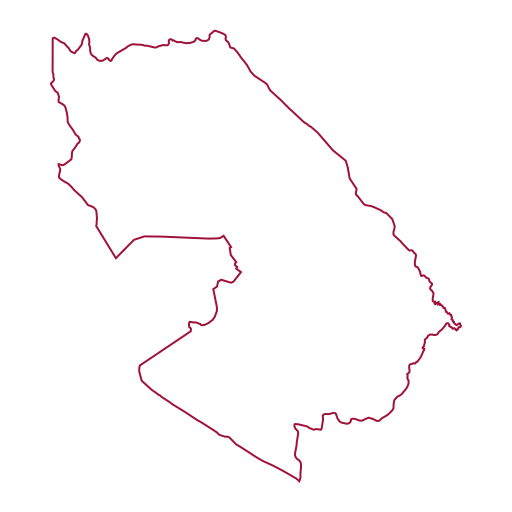 Kerinci, Jambi, Indonesia (orthographic projection)
{"feature_id": "22746128B64633952285861", "entity_name": "Kerinci", "entity_type": "district", "adm_level": 2, "iso_a3": "IDN", "parent_name": "Indonesia", "parent_adm1": "Jambi", "projection": "orthographic", "projection_center": [101.649, -2.061], "detail": "fine", "context": "isolated", "style": "outline", "palette": "rose", "viewbox_px": 512, "rotation_deg": 0, "n_neighbors": 0, "source": "geoboundaries", "source_scale": "gbopen_adm2", "svg_char_len": 5911}
<svg xmlns="http://www.w3.org/2000/svg" viewBox="0 0 512 512"><path d="M229.1,43.9L228.2,42.3L227.5,41.5L226.1,40.5L225.7,39.6L225.5,38.8L225.9,37.4L225.8,36.2L225.3,35.1L223.4,33.8L220.0,32.4L216.4,31.1L214.5,30.7L209.9,34.5L209.5,35.3L209.7,36.6L209.0,39.2L207.3,40.5L206.4,40.9L202.4,40.9L200.1,39.9L197.6,38.1L196.9,38.0L195.9,38.7L195.2,40.5L193.9,41.7L190.6,42.8L186.5,43.2L182.9,42.6L181.0,42.0L177.2,42.2L173.0,40.2L172.5,40.5L171.8,39.5L170.7,39.2L170.0,39.3L169.1,40.0L168.8,40.8L168.9,43.3L168.4,44.5L167.5,45.2L166.1,45.3L163.2,45.0L158.2,46.4L156.6,47.3L155.2,47.6L146.9,45.7L144.5,45.7L143.1,45.1L140.9,44.7L136.9,44.6L133.6,44.2L131.2,44.6L127.7,46.4L126.3,47.7L117.1,53.1L115.1,54.8L113.1,57.5L111.1,60.8L110.5,60.9L109.0,59.9L108.5,58.8L106.9,57.9L102.9,60.6L101.0,60.9L99.2,60.7L97.4,59.8L95.5,57.5L93.5,56.3L91.8,55.0L90.6,53.0L90.1,50.4L90.2,48.1L89.0,44.3L89.4,42.2L89.1,39.0L87.9,35.6L86.7,34.0L86.0,33.7L85.4,34.0L82.5,40.5L81.7,44.6L77.8,49.8L76.3,50.7L75.2,52.8L74.2,53.1L71.0,51.5L69.9,50.2L68.5,47.8L66.5,46.0L64.4,43.4L60.7,41.8L57.2,39.2L54.3,37.6L52.7,38.3L52.6,72.3L53.4,74.1L53.4,77.0L54.0,79.0L53.9,79.8L53.4,81.0L52.2,82.3L51.1,83.2L51.0,83.9L51.6,85.4L55.3,91.0L57.8,92.9L59.0,96.9L58.5,100.7L58.7,102.0L62.6,104.2L64.4,105.6L65.3,107.0L66.8,112.6L67.5,116.8L67.7,121.8L68.4,123.4L70.4,126.5L72.6,129.4L75.8,134.7L78.4,136.7L79.0,138.3L79.8,139.5L79.9,140.2L79.7,141.3L78.9,142.7L77.5,143.7L75.8,146.5L72.6,150.8L72.1,152.0L71.6,158.4L71.2,159.4L64.5,164.5L62.9,165.1L61.6,165.1L59.3,164.2L58.6,164.1L58.6,165.5L60.0,168.4L60.2,169.3L60.0,171.3L59.4,173.4L58.9,176.7L59.2,177.7L60.7,179.2L64.4,181.6L68.2,183.7L71.3,186.7L74.3,190.2L82.2,197.4L88.0,205.1L91.9,206.5L93.9,207.5L95.8,209.7L96.4,211.4L97.0,218.7L96.7,221.1L96.6,224.4L96.2,226.0L115.9,258.2L134.0,239.8L144.3,236.4L161.9,236.6L208.6,238.6L217.0,238.4L220.1,238.0L223.6,235.8L231.1,247.1L229.7,247.9L230.8,255.0L236.2,262.1L234.9,263.7L235.0,265.0L237.2,267.0L236.2,268.6L241.0,272.1L233.5,281.6L231.4,282.6L230.6,282.6L221.1,279.7L219.2,281.1L218.2,281.3L217.0,286.6L213.3,289.1L216.9,307.1L216.9,311.1L214.7,316.9L212.7,319.8L208.4,323.1L204.3,325.0L201.4,325.2L200.2,324.0L195.8,322.4L192.7,322.4L191.6,322.0L189.6,321.9L189.1,323.0L189.0,325.5L189.3,327.2L190.4,327.9L191.0,328.9L190.7,331.3L139.8,365.5L139.3,368.0L139.2,371.3L141.7,380.8L152.0,390.1L156.1,392.8L158.3,394.7L160.3,395.6L161.5,396.9L169.9,402.3L172.5,404.3L186.3,412.8L196.9,419.9L202.0,422.8L213.9,430.4L216.9,432.4L219.1,434.7L225.0,436.7L227.4,436.7L229.2,437.3L236.2,444.4L239.6,446.4L257.3,457.8L262.7,460.9L273.0,465.6L282.9,470.8L296.2,478.5L298.1,480.1L299.2,481.3L299.9,479.8L300.5,477.1L300.4,473.6L301.0,467.5L301.0,465.0L300.9,463.6L300.3,461.8L298.9,460.1L296.9,458.8L295.7,457.2L295.0,455.5L295.2,452.4L296.5,445.9L296.8,441.9L298.2,433.6L297.8,431.2L295.2,428.3L294.4,426.1L294.4,424.9L294.8,424.2L295.2,424.0L298.3,424.3L306.7,426.3L308.0,427.0L309.2,427.9L313.6,429.7L316.2,429.1L317.8,429.2L320.8,429.8L321.7,428.3L322.9,420.6L323.1,418.2L322.7,416.3L322.8,415.5L323.6,414.6L325.1,414.0L329.0,414.1L333.6,412.8L335.1,413.1L335.8,413.6L337.6,418.6L339.4,421.3L340.3,422.0L342.2,422.8L346.6,423.7L347.9,423.6L349.4,423.0L350.4,421.9L350.8,421.0L351.0,419.5L351.9,418.9L353.4,418.7L355.1,418.9L359.4,420.5L361.9,420.7L367.2,418.2L368.8,417.7L373.2,419.1L376.5,420.8L378.4,421.0L379.4,420.7L381.7,418.4L387.4,415.0L389.5,413.2L392.4,410.2L393.5,408.2L393.6,404.7L394.1,400.9L394.4,400.1L397.1,396.9L400.1,395.3L401.8,394.0L406.3,388.6L407.9,385.5L408.5,383.7L408.6,380.8L407.4,378.3L407.4,376.9L407.7,376.0L407.2,374.0L408.0,373.6L409.2,372.4L409.5,371.6L409.6,370.0L409.3,369.1L409.1,366.6L409.4,365.2L410.2,364.3L411.8,364.0L412.9,363.4L413.7,363.2L414.9,363.6L415.3,363.4L416.3,362.0L417.4,361.6L420.0,358.2L421.7,355.1L423.3,351.2L424.4,349.5L424.2,348.7L422.9,348.5L422.6,347.9L422.9,347.2L424.0,346.0L424.3,344.4L424.9,342.7L424.8,340.0L425.2,339.2L426.7,338.2L428.2,335.7L429.8,334.7L431.8,334.5L434.0,335.0L435.0,335.0L436.5,334.7L437.6,334.0L438.7,332.1L442.1,329.3L444.9,325.9L446.4,323.4L447.6,323.2L448.3,323.4L449.4,324.8L449.4,325.4L449.1,325.8L449.3,326.1L449.9,326.4L450.5,326.9L451.6,327.2L452.3,328.4L452.8,328.7L453.3,328.6L453.5,328.3L454.3,328.2L455.1,329.0L456.2,329.4L456.2,330.2L456.5,330.4L458.0,329.1L458.5,327.3L460.3,327.1L460.7,326.0L461.0,325.8L460.0,324.3L460.0,323.4L459.8,323.3L458.6,323.7L456.6,325.1L455.6,324.6L455.0,323.7L454.2,323.3L453.9,321.9L452.9,321.6L452.8,320.1L451.5,319.4L452.0,317.4L451.3,316.4L451.3,315.2L451.1,314.7L450.0,314.5L449.5,313.3L448.0,313.7L447.1,312.2L445.9,311.7L445.6,310.1L444.7,307.8L443.5,307.9L443.2,307.1L441.7,305.2L439.8,305.0L439.7,304.8L440.1,304.3L440.1,303.9L439.2,303.5L438.3,304.1L438.5,302.2L436.6,302.8L436.3,303.7L435.2,304.2L434.6,303.6L435.2,302.5L435.0,301.6L433.6,301.7L432.9,301.3L432.7,300.8L432.7,298.8L433.5,293.9L433.4,293.0L432.2,291.0L430.6,289.6L430.1,288.4L430.4,287.0L432.1,284.6L432.0,283.7L429.5,281.5L429.1,279.5L428.5,278.6L426.1,277.6L424.7,275.9L423.7,275.4L423.1,275.4L421.7,276.0L421.3,276.0L420.5,274.4L420.2,272.1L418.1,267.8L417.2,267.1L415.9,266.6L415.3,266.1L414.9,264.3L414.8,262.8L415.3,259.2L416.0,256.0L415.9,254.7L415.3,253.7L414.0,252.8L412.8,251.0L412.2,250.5L411.3,250.3L409.5,250.5L408.7,250.0L402.8,243.9L400.2,240.9L393.8,235.2L393.4,234.0L393.5,232.0L394.4,228.5L394.7,226.2L392.3,219.1L386.4,213.1L383.5,212.2L380.7,210.2L374.6,207.4L371.2,206.1L366.1,205.2L364.5,204.6L363.4,203.6L358.2,196.8L355.9,194.4L355.8,193.6L356.6,188.9L349.7,178.5L347.9,168.6L348.0,168.2L345.7,160.7L333.1,150.5L317.7,132.7L310.7,126.6L310.0,126.4L308.4,125.3L306.7,123.7L305.4,123.2L303.3,121.6L291.6,110.6L290.3,109.6L280.0,99.3L270.7,90.9L269.0,88.5L267.4,85.0L266.0,83.4L254.5,75.8L250.7,71.7L246.9,64.9L241.1,57.6L237.4,52.3L234.0,48.5L230.5,47.5L230.1,47.0L229.1,43.9Z" fill="none" stroke="#9f1239" stroke-width="2"/></svg>